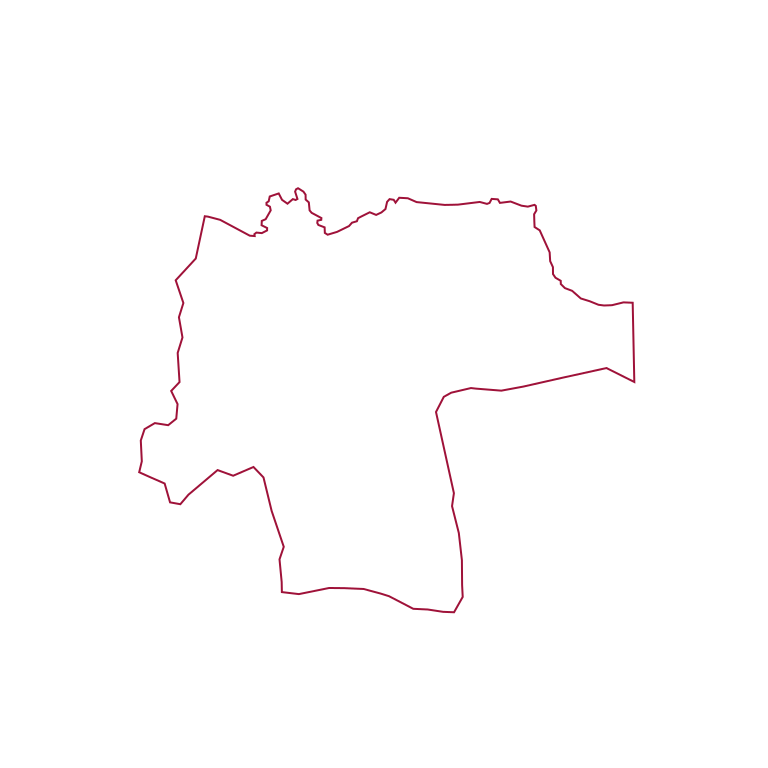 the district of Fako, Sud-Ouest, Cameroon, rotated 151°
{"feature_id": "32672807B90592144632468", "entity_name": "Fako", "entity_type": "district", "adm_level": 2, "iso_a3": "CMR", "parent_name": "Cameroon", "parent_adm1": "Sud-Ouest", "projection": "mercator", "projection_center": [9.222, 4.196], "detail": "fine", "context": "isolated", "style": "outline", "palette": "rose", "viewbox_px": 768, "rotation_deg": 151, "n_neighbors": 0, "source": "geoboundaries", "source_scale": "gbopen_adm2", "svg_char_len": 2002}
<svg xmlns="http://www.w3.org/2000/svg" viewBox="0 0 768 768"><g transform="rotate(151 384 384)"><path d="M574.2,251.5L560.3,241.5L530.9,232.2L517.7,224.7L501.2,214.6L488.5,202.3L482.5,196.0L467.4,173.2L455.1,165.6L442.8,156.1L433.4,150.4L418.4,159.6L413.2,170.2L401.3,192.1L390.8,217.4L383.7,244.2L375.8,254.6L352.1,334.3L337.9,343.8L329.4,343.8L309.9,338.3L306.0,335.5L284.6,321.3L263.4,314.2L225.0,303.0L181.7,290.1L164.1,264.4L127.1,334.5L135.0,339.3L146.4,342.4L153.5,346.0L158.0,349.3L164.0,356.7L170.4,363.4L174.3,374.3L179.3,380.2L180.9,385.7L179.4,388.6L182.5,393.8L182.9,398.2L179.6,404.3L179.1,410.9L175.3,418.8L173.3,442.9L176.2,448.3L173.6,453.5L170.4,459.7L166.6,461.9L164.9,466.2L165.5,467.7L172.2,469.4L177.3,473.3L184.8,482.2L194.8,486.2L194.9,490.3L200.1,493.7L203.9,491.2L206.6,491.6L212.0,496.8L232.3,505.0L237.3,507.6L244.1,511.2L267.3,527.3L273.1,534.9L280.4,539.5L286.0,537.0L286.2,540.4L289.5,543.0L293.0,541.8L297.9,536.3L303.1,535.3L308.9,535.7L313.2,541.1L322.4,541.5L326.3,541.6L328.8,539.5L333.8,540.6L338.0,539.1L351.3,539.8L360.9,541.9L362.5,544.8L360.0,549.8L364.3,554.9L364.3,557.2L362.9,559.1L359.3,558.0L358.3,559.5L364.3,568.8L364.9,571.9L361.7,579.3L363.1,583.3L360.8,587.6L361.2,591.3L363.7,595.9L364.3,596.9L366.6,596.9L368.5,595.3L370.0,587.8L372.1,587.8L374.1,589.9L381.0,588.5L383.9,594.5L383.7,601.7L393.0,603.4L396.3,599.7L398.9,599.5L399.9,597.7L397.8,594.4L398.9,590.8L407.6,585.5L411.8,585.9L414.1,582.2L410.6,577.1L411.8,575.0L417.7,575.2L422.2,578.3L423.3,578.1L424.7,577.9L425.4,576.1L429.5,578.8L447.7,607.0L456.8,615.7L459.4,617.6L487.8,585.0L515.9,575.7L520.2,552.1L531.0,541.8L537.7,522.4L549.4,511.2L561.9,484.8L573.5,481.1L574.3,466.5L582.5,454.4L592.7,452.6L603.4,460.9L615.3,460.6L624.1,452.5L633.3,433.8L640.9,425.5L633.7,415.9L624.1,403.3L628.5,384.2L620.4,377.6L608.7,382.0L571.3,389.4L560.4,376.9L538.4,374.7L534.7,360.7L543.8,327.5L550.6,290.2L560.4,281.3L569.5,260.4L574.2,251.5Z" fill="none" stroke="#9f1239" stroke-width="2"/></g></svg>